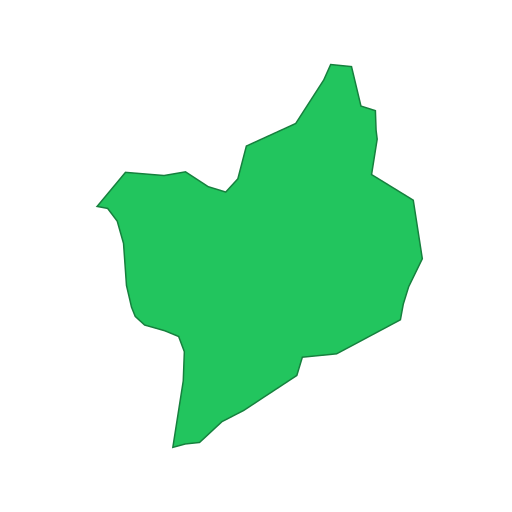 the district of Haut-Nkam, Ouest, Cameroon, rotated 189°
{"feature_id": "32672807B36469761565883", "entity_name": "Haut-Nkam", "entity_type": "district", "adm_level": 2, "iso_a3": "CMR", "parent_name": "Cameroon", "parent_adm1": "Ouest", "projection": "robinson", "projection_center": [10.205, 5.159], "detail": "fine", "context": "isolated", "style": "filled", "palette": "green", "viewbox_px": 512, "rotation_deg": 189, "n_neighbors": 0, "source": "geoboundaries", "source_scale": "gbopen_adm2", "svg_char_len": 740}
<svg xmlns="http://www.w3.org/2000/svg" viewBox="0 0 512 512"><g transform="rotate(189 256 256)"><path d="M160.8,418.2L175.8,420.5L191.3,458.0L212.2,456.8L216.6,440.5L237.5,393.1L282.7,363.1L286.0,329.4L295.9,314.4L314.1,317.0L338.8,328.1L359.4,321.1L398.0,318.2L420.7,280.1L410.0,279.8L398.5,268.7L388.8,247.7L379.3,206.6L373.4,192.1L371.0,186.1L365.8,177.4L355.2,170.4L334.5,167.9L319.8,164.4L311.8,150.3L308.3,121.2L308.2,54.0L301.9,56.8L296.4,59.3L282.6,63.0L263.7,87.1L252.8,95.1L243.8,101.7L226.1,117.9L216.2,126.9L197.0,144.4L194.4,163.3L161.1,172.0L152.5,178.5L103.4,215.6L103.0,231.6L100.4,249.6L91.3,279.3L109.4,335.7L154.6,354.5L154.6,390.4L157.1,399.1L160.8,418.2Z" fill="#22c55e" stroke="#15803d" stroke-width="1.5"/></g></svg>